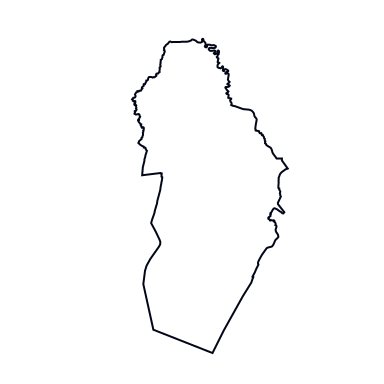 Bang Kaeo, Phatthalung, Thailand (orthographic projection), rotated 119°
{"feature_id": "78962969B48542053253102", "entity_name": "Bang Kaeo", "entity_type": "district", "adm_level": 2, "iso_a3": "THA", "parent_name": "Thailand", "parent_adm1": "Phatthalung", "projection": "orthographic", "projection_center": [100.142, 7.416], "detail": "fine", "context": "isolated", "style": "outline", "palette": "ink", "viewbox_px": 384, "rotation_deg": 119, "n_neighbors": 0, "source": "geoboundaries", "source_scale": "gbopen_adm2", "svg_char_len": 5940}
<svg xmlns="http://www.w3.org/2000/svg" viewBox="0 0 384 384"><g transform="rotate(119 192 192)"><path d="M322.9,96.0L297.5,97.1L258.3,97.0L242.5,96.2L238.9,96.9L236.6,97.1L236.4,97.3L236.6,98.0L231.5,98.1L228.4,98.5L223.3,98.7L222.7,99.5L221.7,100.0L220.5,100.3L217.0,100.4L213.1,100.4L205.2,99.5L204.3,99.1L203.7,98.6L201.3,96.0L200.7,95.6L198.5,95.3L193.8,95.8L190.4,94.8L189.4,94.7L188.9,95.0L187.5,96.3L186.2,99.0L185.0,100.2L184.2,100.7L181.9,101.1L181.0,101.5L180.5,102.0L180.6,103.0L179.5,103.3L178.5,104.2L178.2,104.8L178.3,105.3L178.2,105.8L178.1,106.0L177.4,106.0L177.2,106.1L177.1,106.8L177.8,107.3L177.8,107.8L178.2,108.8L178.2,109.3L178.8,109.5L179.1,109.9L178.5,110.9L178.5,112.1L177.6,112.8L177.4,112.8L177.1,112.3L176.5,112.5L176.1,112.2L175.6,112.1L175.4,111.8L175.2,111.7L173.9,112.1L173.8,112.6L173.5,112.9L173.3,112.9L173.1,112.4L172.8,112.4L172.1,113.1L171.7,112.8L168.0,112.7L166.9,112.5L166.5,112.2L166.2,111.9L165.9,109.5L166.4,105.4L166.3,104.7L166.8,102.6L166.7,102.2L166.4,101.7L164.9,101.5L161.1,110.6L160.6,111.2L160.0,111.6L152.9,112.1L152.3,113.1L151.7,113.3L150.6,114.5L148.9,114.9L148.2,115.8L147.6,116.9L146.6,117.4L146.7,118.2L145.6,119.0L141.5,120.9L140.2,121.8L139.2,122.1L137.9,123.0L133.6,123.7L131.2,123.2L126.7,121.1L125.7,120.2L125.4,119.8L125.1,119.6L121.1,128.1L120.6,128.8L119.1,129.6L121.7,134.2L120.7,136.2L119.3,139.4L118.4,140.8L116.2,142.9L115.3,144.4L115.1,145.5L115.1,147.9L114.9,149.6L114.6,149.9L114.4,150.4L114.0,150.7L114.0,151.7L112.9,152.3L112.1,152.4L112.0,152.9L111.1,153.8L110.3,154.0L109.8,155.3L109.0,155.8L108.3,157.2L107.9,157.6L108.4,158.1L108.4,158.3L107.8,158.5L107.7,159.3L107.0,159.8L106.9,160.1L107.5,160.6L107.7,161.3L107.1,162.3L106.3,162.8L107.3,165.9L107.0,166.0L107.0,166.4L106.5,166.6L106.2,167.2L105.6,167.5L102.4,168.8L97.6,170.4L97.0,170.8L96.5,171.4L95.8,173.5L95.1,174.4L93.2,176.0L92.2,178.1L92.0,179.3L92.0,180.4L92.3,181.9L94.7,187.4L96.1,196.0L96.9,198.5L96.9,199.9L96.1,199.8L95.0,200.6L94.7,201.0L94.4,202.0L93.5,203.0L93.0,203.1L91.8,202.8L91.4,202.9L91.3,203.4L92.0,205.3L92.0,206.0L89.4,207.0L89.0,207.8L89.4,209.0L89.3,209.5L89.1,209.8L88.7,209.8L87.0,208.9L86.4,208.9L85.9,210.8L84.6,213.4L84.2,213.5L83.8,213.4L82.7,211.5L82.0,210.9L81.5,210.7L80.7,210.6L80.5,211.0L80.6,213.1L80.5,213.4L80.1,213.4L78.3,212.5L77.5,212.5L77.2,213.7L76.3,215.1L71.7,216.7L71.1,217.1L70.9,217.6L70.9,218.0L71.1,218.6L72.3,219.9L72.3,220.2L72.0,220.5L71.5,220.5L70.6,220.3L69.1,219.0L68.8,218.9L68.5,219.0L68.2,219.6L68.1,220.6L68.1,221.5L68.4,222.5L69.2,223.0L70.7,222.7L70.9,223.0L70.9,223.4L70.8,223.9L69.0,224.6L67.6,225.4L67.3,225.7L67.2,226.1L67.5,226.4L69.3,226.6L70.0,227.0L70.5,229.0L70.4,230.1L69.5,230.8L68.3,231.2L67.7,231.2L65.9,230.7L65.8,231.2L66.2,232.1L66.1,232.4L65.1,232.9L62.4,233.6L62.3,233.8L62.3,235.2L61.9,235.8L60.7,235.5L59.7,235.9L58.5,235.5L56.2,236.4L55.6,237.0L55.5,237.6L56.0,238.0L56.6,238.0L57.9,237.2L58.2,237.2L59.0,237.5L60.4,238.7L60.5,239.1L60.0,240.2L58.2,239.6L57.6,239.9L57.3,240.4L57.4,241.2L58.4,242.3L59.4,243.8L59.7,244.7L59.6,245.5L58.9,246.7L57.8,246.7L57.2,246.2L55.8,243.1L54.7,241.7L54.2,241.5L53.5,241.5L52.8,242.0L52.9,244.1L54.3,246.1L54.6,247.9L55.6,249.8L56.1,249.9L57.6,249.4L58.3,249.4L58.6,249.7L58.8,250.5L58.7,251.0L58.4,251.4L56.4,251.5L55.3,252.4L55.0,252.8L54.3,254.8L53.6,255.6L52.8,256.3L52.8,256.8L53.1,257.1L53.7,257.2L55.4,256.1L55.8,256.0L56.4,256.3L57.2,257.0L57.9,258.4L58.3,259.8L57.8,262.3L58.2,265.2L58.7,265.9L60.0,266.3L61.9,267.9L63.3,269.7L65.1,273.1L66.9,275.7L70.2,281.6L70.8,282.3L70.9,283.9L71.5,284.6L74.3,285.1L75.7,285.9L79.4,286.4L80.0,286.1L80.8,285.3L81.6,285.3L82.0,284.1L83.4,283.7L84.2,283.7L85.8,283.3L86.4,283.9L86.9,283.9L87.4,283.8L88.6,283.1L90.4,282.8L90.8,282.9L91.5,283.4L91.8,283.1L92.9,282.8L93.6,282.3L94.5,282.2L95.0,281.7L96.0,281.5L96.5,281.2L97.3,280.3L97.7,280.3L98.3,280.6L99.1,280.6L99.8,279.9L102.3,279.0L102.7,278.5L103.6,278.9L104.8,279.1L105.2,279.9L105.8,280.4L106.8,280.3L106.8,280.0L107.6,279.5L109.8,280.4L110.2,281.4L111.0,281.9L111.0,282.7L111.3,283.7L112.2,285.3L113.7,285.5L115.1,284.9L116.2,285.3L116.7,286.0L117.6,285.5L118.7,285.7L119.4,285.4L119.9,285.4L120.6,285.4L120.7,285.6L120.9,286.4L121.2,286.5L122.8,285.7L124.0,286.3L124.8,286.5L125.4,286.3L125.6,285.6L126.6,285.9L127.8,285.7L128.2,285.9L129.0,287.2L129.6,287.3L129.7,287.8L130.2,288.6L130.8,288.2L131.1,288.6L131.6,288.7L132.0,289.1L134.3,289.2L135.4,287.9L135.8,287.7L136.3,287.8L136.8,287.7L137.3,287.9L138.0,288.9L138.5,289.1L140.0,289.3L140.1,288.4L140.9,288.0L141.0,287.3L141.0,286.9L140.1,286.1L140.0,285.7L141.0,285.0L141.5,284.9L142.4,285.3L143.4,284.9L143.7,284.5L143.8,283.9L143.0,283.5L143.3,282.7L144.3,282.4L145.4,281.5L146.2,281.5L146.7,280.5L148.0,280.4L149.0,281.3L149.3,281.1L149.7,280.5L151.4,280.3L151.5,278.7L151.2,278.2L149.9,276.9L149.7,275.9L149.8,275.5L150.8,274.8L151.3,273.8L153.3,273.9L154.0,273.6L154.2,273.9L154.5,274.1L154.8,274.1L155.0,273.7L155.2,274.0L155.6,273.9L156.5,272.6L157.2,270.7L157.5,270.0L157.4,269.2L157.7,269.1L158.3,269.3L158.4,268.8L158.9,268.5L159.2,268.0L159.6,267.8L160.1,266.9L159.9,266.5L159.1,266.3L159.0,265.8L159.2,265.3L160.4,264.6L161.4,264.3L161.9,264.5L162.9,263.7L163.6,263.9L165.4,262.8L165.7,262.5L167.4,262.3L168.2,262.0L169.3,262.4L170.1,261.8L172.6,262.8L173.5,262.9L174.0,262.7L175.1,262.7L175.8,260.1L175.9,257.9L175.7,256.2L176.5,255.7L175.9,254.2L177.0,253.2L177.1,252.8L177.5,252.3L177.8,251.4L182.4,250.5L184.1,249.9L186.6,249.4L187.9,248.7L194.2,247.0L201.5,243.7L190.7,228.8L191.0,228.4L190.5,227.5L193.4,226.1L193.5,225.9L193.4,225.3L193.8,225.0L196.6,223.9L198.1,223.5L199.9,222.8L202.0,222.2L205.8,220.7L216.6,218.0L219.1,217.0L222.1,216.4L226.8,215.3L228.9,214.6L235.5,213.5L238.5,212.8L239.1,212.5L244.4,204.3L249.4,197.3L251.0,195.5L252.7,194.7L253.6,194.4L255.9,194.4L270.7,196.0L278.4,196.0L283.7,194.9L296.2,189.9L331.2,159.0L322.9,96.0Z" fill="none" stroke="#020617" stroke-width="2"/></g></svg>